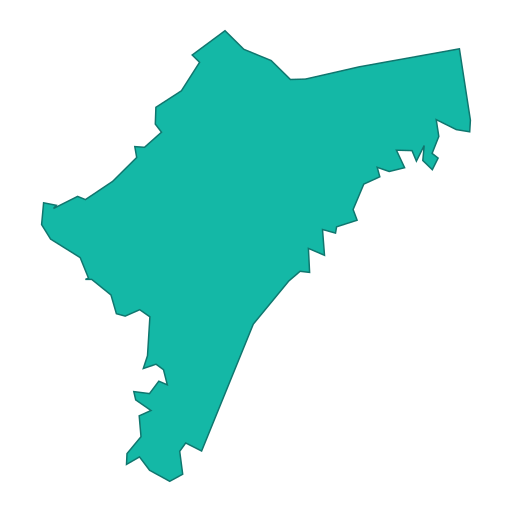 outline of Nelson, Kentucky, United States of America
{"feature_id": "52423323B13152502054342", "entity_name": "Nelson", "entity_type": "district", "adm_level": 2, "iso_a3": "USA", "parent_name": "United States of America", "parent_adm1": "Kentucky", "projection": "equal_earth", "projection_center": [-85.473, 37.757], "detail": "fine", "context": "isolated", "style": "filled", "palette": "teal", "viewbox_px": 512, "rotation_deg": 0, "n_neighbors": 0, "source": "geoboundaries", "source_scale": "gbopen_adm2", "svg_char_len": 1119}
<svg xmlns="http://www.w3.org/2000/svg" viewBox="0 0 512 512"><path d="M470.4,120.2L459.4,48.8L359.3,66.8L305.3,79.1L290.4,79.5L271.2,60.6L243.8,49.3L225.0,30.7L192.2,55.0L199.6,62.3L181.4,90.8L155.9,107.3L155.3,124.1L161.5,132.2L144.5,147.3L134.8,146.6L136.7,157.5L112.6,181.4L85.4,199.6L77.6,196.4L53.5,208.5L56.3,205.3L43.6,202.8L41.6,224.6L50.6,239.1L80.2,257.6L88.5,278.1L85.4,279.4L91.7,279.4L111.0,295.0L116.4,313.7L125.2,316.1L139.7,309.7L149.9,316.8L147.5,355.7L143.3,368.5L156.0,364.2L163.5,369.7L167.3,384.8L158.8,381.2L149.5,393.6L133.8,391.6L135.7,399.9L151.0,410.5L139.2,415.8L141.0,436.7L127.0,453.6L126.5,464.4L139.5,456.9L149.6,470.3L169.7,481.3L182.7,474.2L179.7,451.3L185.7,443.0L201.6,451.0L253.3,324.1L288.8,281.0L300.1,271.3L309.6,272.4L308.4,248.4L324.5,255.3L322.5,229.5L335.5,233.1L336.6,226.8L357.1,220.2L353.1,209.5L363.8,184.1L379.8,176.8L377.2,167.3L389.2,171.5L404.6,167.7L396.4,150.2L412.0,150.6L416.4,161.1L424.2,145.5L422.8,160.5L432.3,169.7L438.1,158.1L432.1,153.4L438.8,136.4L436.2,119.6L456.3,129.6L469.7,131.8L470.4,120.2Z" fill="#14b8a6" stroke="#0f766e" stroke-width="1.5"/></svg>